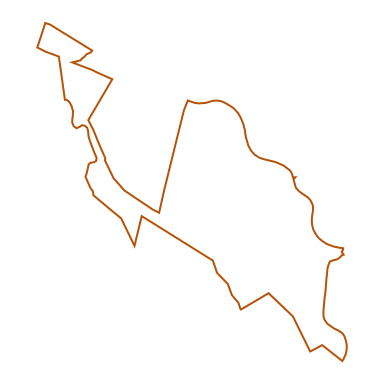 Marchand, Castries, Saint Lucia (Equal Earth projection)
{"feature_id": "8701671B76853731017795", "entity_name": "Marchand", "entity_type": "district", "adm_level": 2, "iso_a3": "LCA", "parent_name": "Saint Lucia", "parent_adm1": "Castries", "projection": "equal_earth", "projection_center": [-60.985, 14.004], "detail": "fine", "context": "isolated", "style": "outline", "palette": "amber", "viewbox_px": 384, "rotation_deg": 0, "n_neighbors": 0, "source": "geoboundaries", "source_scale": "gbopen_adm2", "svg_char_len": 2208}
<svg xmlns="http://www.w3.org/2000/svg" viewBox="0 0 384 384"><path d="M37.3,47.5L45.6,51.7L59.5,56.8L58.9,56.8L64.9,99.8L66.5,99.8L69.2,101.7L71.5,105.9L73.0,111.1L72.8,116.3L72.3,119.2L72.2,122.6L73.7,126.1L76.5,128.2L80.1,126.6L82.0,125.2L84.7,125.7L87.1,127.7L88.1,130.8L88.6,136.8L90.6,142.9L91.3,144.7L92.9,148.8L94.7,153.5L95.9,156.1L96.6,158.2L96.2,160.0L96.2,160.9L93.9,162.3L90.5,162.7L88.7,164.4L86.7,173.2L85.5,176.7L90.1,187.3L92.9,191.5L93.5,195.4L112.4,211.2L121.1,218.3L134.5,245.9L141.7,216.1L212.9,260.6L217.0,272.8L227.8,284.0L231.9,295.1L238.5,302.9L240.2,308.4L241.0,309.5L268.6,293.2L292.9,316.4L310.2,351.5L322.2,345.1L342.3,361.0L343.4,359.4L345.0,355.7L345.7,354.4L346.7,349.2L346.7,344.9L346.4,343.0L346.0,341.3L345.1,338.1L344.7,336.9L343.6,334.9L342.2,333.1L340.5,332.0L337.9,330.3L334.4,328.7L330.2,325.8L328.1,324.3L327.3,323.7L324.5,319.6L323.6,317.1L323.4,312.8L323.5,309.5L324.0,304.9L324.5,298.8L325.3,293.2L325.5,291.0L325.9,286.3L326.4,279.1L327.1,272.9L327.4,268.9L328.1,266.2L328.4,265.1L329.9,261.5L333.5,260.2L336.6,259.5L337.7,259.0L338.3,258.7L339.7,257.5L340.5,256.9L341.2,256.0L341.7,255.4L343.7,254.7L341.7,252.0L342.9,249.9L343.2,248.2L338.8,247.6L333.1,246.4L327.1,244.1L322.6,241.3L317.9,237.3L315.2,233.2L313.1,229.0L312.0,224.4L311.8,220.0L312.1,215.8L313.1,210.0L312.8,205.3L310.8,200.8L308.1,197.6L303.4,194.4L299.2,191.4L295.9,187.8L294.4,182.6L293.5,179.4L295.4,177.3L292.9,177.3L292.2,174.5L291.6,173.0L290.7,171.5L289.7,170.2L287.4,168.5L284.0,165.8L275.7,162.1L271.3,161.0L264.6,159.4L259.7,157.9L254.5,154.6L251.1,150.7L248.5,145.9L247.2,141.8L245.8,136.9L244.8,129.8L243.6,125.1L242.1,121.0L240.5,117.3L238.0,113.0L233.8,108.4L231.0,106.4L225.2,103.0L221.5,101.3L217.4,100.6L213.1,100.7L208.8,102.0L206.0,102.8L203.0,103.1L199.0,103.4L195.1,103.0L189.7,101.2L187.8,100.5L183.9,110.4L174.8,147.1L164.1,190.5L159.1,212.8L152.5,209.4L124.4,190.5L113.6,178.3L105.0,160.5L105.3,158.2L99.0,143.9L93.3,129.8L88.3,120.1L112.3,79.2L110.0,78.2L97.5,72.7L92.2,70.0L80.8,65.7L78.5,64.8L72.3,62.4L80.7,60.3L81.7,58.7L84.6,56.6L86.2,54.5L91.0,52.2L92.2,50.6L58.0,29.5L50.2,24.6L45.3,23.0L41.7,34.1L37.3,47.5Z" fill="none" stroke="#b45309" stroke-width="2"/></svg>